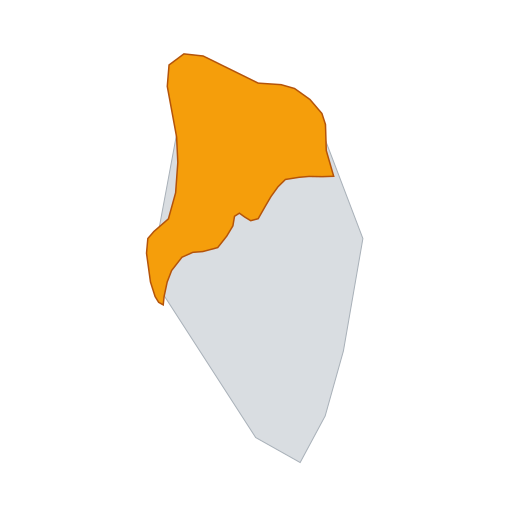 South West highlighted on a map of Singapore, rotated 81°
{"feature_id": "SGP-4872", "entity_name": "South West", "entity_type": "state/province", "adm_level": 1, "iso_a3": "SGP", "parent_name": "Singapore", "parent_adm1": "", "projection": "albers", "projection_center": [103.764, 1.348], "detail": "fine", "context": "in_parent", "style": "filled", "palette": "amber", "viewbox_px": 512, "rotation_deg": 81, "n_neighbors": 0, "source": "natural_earth", "source_scale": "10m", "svg_char_len": 872}
<svg xmlns="http://www.w3.org/2000/svg" viewBox="0 0 512 512"><g transform="rotate(81 256 256)"><path d="M435.3,284.7L257.8,363.1L56.7,291.7L122.0,175.7L255.5,147.7L363.4,184.5L424.8,212.7L466.9,244.7L435.3,284.7Z" fill="#d9dde1" stroke="#a8b0b8" stroke-width="1"/><path d="M289.8,355.3L286.5,359.4L280.3,362.0L265.1,364.3L236.1,363.7L221.8,360.1L215.8,353.0L205.6,336.7L181.0,325.5L151.4,318.6L126.1,315.8L74.6,317.1L53.7,312.0L45.1,295.6L50.2,276.9L85.6,226.8L90.7,204.4L96.6,191.7L109.9,178.2L125.6,168.6L137.0,166.8L162.8,170.1L189.4,166.8L188.0,178.2L185.7,191.2L185.0,201.2L185.0,215.0L191.1,223.5L199.6,231.9L208.0,238.8L219.5,248.0L220.3,255.7L215.7,261.1L211.1,265.7L213.4,271.0L222.6,274.1L231.8,281.8L241.7,292.5L243.3,307.9L242.5,317.8L245.6,329.3L257.1,341.6L267.8,347.8L281.6,353.1L289.8,355.3Z" fill="#f59e0b" stroke="#b45309" stroke-width="1.5"/></g></svg>